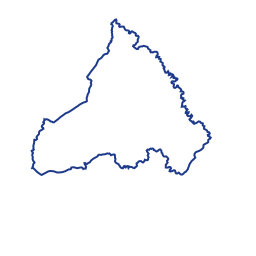 the district of Perdizes, Minas Gerais, Brazil, rotated 32°
{"feature_id": "56859067B83909655673095", "entity_name": "Perdizes", "entity_type": "district", "adm_level": 2, "iso_a3": "BRA", "parent_name": "Brazil", "parent_adm1": "Minas Gerais", "projection": "robinson", "projection_center": [-47.183, -19.429], "detail": "fine", "context": "isolated", "style": "outline", "palette": "blue", "viewbox_px": 256, "rotation_deg": 32, "n_neighbors": 0, "source": "geoboundaries", "source_scale": "gbopen_adm2", "svg_char_len": 5734}
<svg xmlns="http://www.w3.org/2000/svg" viewBox="0 0 256 256"><g transform="rotate(32 128 128)"><path d="M187.0,142.5L187.7,141.6L188.4,141.1L189.4,139.4L190.5,139.2L192.4,140.9L193.1,140.9L193.9,140.4L194.7,138.9L196.7,139.4L197.8,139.3L198.7,138.7L199.1,137.6L199.6,135.4L200.2,134.4L200.5,132.2L200.5,131.0L199.5,126.6L199.4,125.5L199.4,124.2L199.5,122.3L200.8,117.6L198.8,116.0L198.2,114.9L198.2,113.1L198.6,112.1L200.5,109.7L201.5,107.8L202.3,105.1L201.8,103.7L201.1,102.6L201.3,101.6L203.1,98.6L203.5,97.5L202.4,95.7L202.7,94.5L203.3,93.6L203.2,92.4L202.5,92.6L201.7,91.9L200.9,92.3L200.0,92.3L199.3,91.5L200.2,90.4L200.2,89.3L199.0,88.6L197.5,89.2L196.8,88.6L196.0,88.2L194.6,88.2L193.0,88.4L192.4,87.8L191.9,86.0L190.1,86.3L189.5,85.5L189.1,84.5L186.8,85.0L186.0,84.5L185.2,84.7L184.3,85.1L183.5,87.2L181.9,89.4L180.9,89.4L180.6,88.1L179.8,87.9L179.1,88.9L178.1,88.6L177.1,88.7L176.2,88.5L175.5,88.1L176.0,86.4L176.1,85.0L176.0,83.7L174.8,83.2L174.6,84.7L174.1,85.3L172.3,86.1L171.5,85.9L170.9,85.2L171.4,83.2L171.1,82.5L170.2,83.4L169.7,84.2L169.0,84.7L168.6,83.9L168.6,81.9L168.7,80.8L167.8,80.6L166.9,81.0L166.1,80.6L165.6,79.6L165.1,79.0L164.4,79.9L162.3,81.5L161.6,79.5L161.0,78.6L160.7,77.3L160.9,76.4L161.4,75.6L161.6,74.6L160.3,75.0L159.4,74.6L159.2,73.4L158.5,73.5L158.0,74.5L156.9,74.4L156.5,73.1L155.7,72.2L155.6,70.9L156.3,70.3L156.8,69.6L156.5,68.7L155.8,68.1L154.8,68.2L153.3,69.0L153.2,68.1L152.8,67.4L151.9,66.9L149.0,66.7L148.6,66.0L148.0,65.6L147.2,65.9L147.3,67.7L146.9,68.8L146.0,69.4L144.7,68.8L144.0,66.7L143.2,66.2L141.7,66.8L140.8,66.5L140.5,65.8L140.7,65.0L142.8,63.8L143.5,63.1L143.3,61.8L144.2,61.0L144.0,60.2L143.0,60.0L140.4,61.4L140.2,60.1L139.2,59.8L138.0,61.5L137.9,59.0L136.9,58.9L136.1,59.4L135.5,60.6L134.6,61.5L134.2,60.6L134.3,59.6L133.6,60.0L132.9,59.9L132.6,59.0L131.9,58.6L131.7,59.7L131.4,60.7L130.4,61.2L128.6,60.0L127.9,59.2L126.5,58.5L127.0,57.3L126.3,56.6L124.5,56.7L123.8,56.3L123.6,55.3L123.0,54.5L121.0,54.4L120.2,54.5L119.6,52.9L119.0,52.1L117.5,52.9L116.9,52.4L116.7,51.2L115.8,51.6L115.1,52.4L114.4,53.0L114.0,51.7L114.3,50.2L113.9,49.3L112.8,48.3L112.1,48.2L111.3,48.5L109.6,49.7L109.0,50.8L108.0,51.1L107.2,51.8L106.3,51.3L105.9,50.2L103.0,50.0L101.5,48.9L97.6,50.1L97.0,51.2L96.1,51.7L94.6,53.2L94.3,54.2L94.7,55.5L93.9,56.3L93.2,56.4L92.2,56.4L89.0,56.0L88.8,55.0L89.6,54.2L90.2,53.1L90.0,51.8L90.2,50.9L90.6,50.0L90.2,48.9L89.5,48.2L89.0,45.6L88.6,44.9L87.7,44.6L87.0,44.7L86.5,45.3L85.7,45.5L85.1,44.9L84.6,43.8L83.6,43.6L81.9,44.0L81.0,43.8L80.2,43.9L79.6,44.7L79.8,46.2L79.3,47.0L78.4,47.1L78.0,45.7L77.2,45.1L76.3,45.3L74.7,46.1L73.8,46.1L72.7,45.7L70.8,44.3L68.8,45.4L67.3,46.7L66.6,46.5L66.0,44.6L65.1,44.4L62.7,45.4L61.9,44.5L61.2,42.8L60.4,42.3L59.6,43.3L59.0,46.7L58.5,47.6L58.8,48.8L59.8,48.8L61.1,49.6L61.6,51.9L62.2,52.9L62.3,53.9L63.3,54.4L63.7,55.7L64.6,56.5L65.3,57.4L65.6,58.3L66.5,58.7L67.0,59.7L66.8,61.0L67.7,62.4L67.3,63.5L68.1,63.9L67.4,66.8L68.0,68.8L68.1,71.0L71.0,72.6L71.0,76.1L69.6,77.3L68.6,79.0L68.3,82.4L67.8,83.7L66.8,85.7L67.1,88.5L67.6,91.5L66.7,99.8L66.3,106.4L68.2,107.5L69.2,107.4L70.0,107.0L71.2,107.0L72.1,107.4L72.5,109.4L73.3,110.0L73.8,110.6L74.1,111.4L74.3,115.2L75.7,117.8L76.0,119.1L75.9,120.0L76.1,121.0L76.7,122.9L76.9,124.2L78.9,127.1L78.3,128.2L76.4,130.5L74.5,134.0L73.8,136.0L72.5,138.7L71.0,142.3L69.0,146.4L67.7,148.0L67.2,148.9L66.3,151.3L65.1,154.0L64.1,157.3L62.2,162.4L61.5,162.9L59.9,163.0L58.7,163.5L56.5,163.2L54.7,163.6L53.8,164.0L53.3,165.0L52.5,165.0L53.1,166.1L53.0,167.1L53.1,168.0L53.9,168.0L54.4,168.8L54.3,169.8L53.9,170.9L54.0,172.3L54.9,172.9L56.1,172.9L56.7,173.5L54.7,177.4L54.7,178.2L55.7,180.5L55.2,183.3L55.3,184.3L56.2,184.9L56.7,185.8L56.2,187.0L54.8,187.6L55.2,188.6L56.0,189.7L57.3,193.5L58.1,194.4L58.6,195.6L59.6,196.2L59.2,197.3L58.4,198.3L59.1,198.9L60.1,199.2L60.8,199.7L60.7,200.6L61.1,201.7L63.0,203.5L63.2,204.3L63.6,205.0L65.3,206.2L66.2,206.4L67.1,206.9L66.8,208.1L67.0,209.4L67.5,210.2L68.0,212.8L68.9,212.2L74.2,213.4L78.4,213.7L79.7,213.5L83.4,207.0L84.2,206.2L85.5,205.3L87.9,204.1L91.4,203.3L92.1,202.9L93.6,201.9L95.7,200.2L97.7,197.9L99.6,194.6L100.5,194.0L101.3,193.2L100.9,191.7L101.5,190.9L103.1,189.9L106.2,189.0L108.9,186.4L110.0,185.9L110.8,186.0L111.8,186.5L112.5,185.5L113.6,184.9L113.0,183.0L110.3,181.5L109.7,180.8L110.3,180.4L111.7,180.7L112.4,180.1L112.7,179.0L113.9,177.0L113.9,175.1L114.9,172.3L116.7,169.1L117.2,167.9L117.2,166.4L117.9,165.8L119.6,165.0L120.2,164.1L122.4,162.5L123.9,160.5L125.1,160.1L125.8,159.4L128.0,160.1L128.6,159.2L130.3,157.7L131.1,157.8L132.9,160.3L133.8,160.9L134.6,163.1L135.6,163.7L137.1,164.0L138.0,163.7L139.2,163.7L139.9,164.2L141.5,164.7L142.3,165.3L143.7,165.4L145.0,164.9L144.7,162.7L145.3,162.0L146.2,162.9L146.9,162.8L147.1,161.3L147.8,160.5L148.8,160.2L149.0,161.2L149.6,161.7L149.7,160.5L150.4,159.8L152.4,159.0L153.6,159.1L154.5,158.8L154.9,158.2L154.9,157.3L155.6,156.3L155.6,155.2L154.8,154.5L154.0,153.4L154.5,152.6L154.8,150.7L155.4,150.0L156.6,149.2L157.7,149.4L159.0,149.3L159.3,148.2L159.4,147.1L159.1,146.0L160.2,145.8L161.7,144.8L161.7,144.0L161.1,143.1L161.0,141.9L159.3,140.9L159.1,139.9L159.1,138.9L156.8,137.9L155.8,137.2L156.0,136.0L156.7,135.6L157.4,135.4L157.6,134.3L158.1,133.5L158.8,133.4L159.2,132.7L160.1,132.2L161.0,132.5L161.5,133.0L162.2,132.7L163.5,132.9L164.7,132.8L165.4,131.8L165.6,130.7L166.0,129.7L166.6,129.1L168.2,129.5L169.6,131.2L170.7,131.3L171.3,132.1L172.4,132.8L173.4,133.1L174.2,132.8L175.5,131.8L177.8,132.4L178.6,132.9L178.7,133.9L178.4,135.0L179.0,135.8L179.9,136.3L179.8,137.6L179.5,138.9L180.1,140.1L181.0,141.5L182.4,140.7L183.1,140.1L183.4,139.4L184.0,138.9L185.1,138.8L186.0,139.7L185.6,140.9L186.1,142.6L187.0,142.5Z" fill="none" stroke="#1e3a8a" stroke-width="2"/></g></svg>